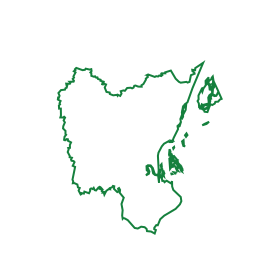 Chandpur, Chittagong, Bangladesh, rotated 203°
{"feature_id": "16705992B70711841490613", "entity_name": "Chandpur", "entity_type": "district", "adm_level": 2, "iso_a3": "BGD", "parent_name": "Bangladesh", "parent_adm1": "Chittagong", "projection": "albers", "projection_center": [90.778, 23.244], "detail": "fine", "context": "isolated", "style": "outline", "palette": "green", "viewbox_px": 256, "rotation_deg": 203, "n_neighbors": 0, "source": "geoboundaries", "source_scale": "gbopen_adm2", "svg_char_len": 5729}
<svg xmlns="http://www.w3.org/2000/svg" viewBox="0 0 256 256"><g transform="rotate(203 128 128)"><path d="M97.5,42.5L97.3,43.2L95.7,43.5L92.2,43.1L82.8,38.6L79.7,39.3L77.3,42.3L73.9,43.2L71.5,42.4L70.2,40.5L66.3,41.7L62.2,41.3L62.5,45.0L64.4,45.2L64.8,46.5L64.0,49.7L62.6,50.1L62.7,56.6L60.4,61.5L52.6,72.1L50.4,78.0L50.3,81.5L52.5,85.1L62.1,88.7L64.5,91.4L66.7,96.3L66.7,93.8L71.9,94.6L73.2,92.4L74.6,93.4L75.7,92.7L77.2,94.7L79.9,96.2L80.0,94.4L78.0,89.6L81.7,96.0L84.8,95.3L87.1,96.0L90.4,100.7L92.9,101.7L95.5,100.3L91.3,96.3L90.9,94.1L92.9,91.4L91.5,95.8L94.2,97.8L93.8,96.3L94.2,96.4L96.0,100.0L95.1,101.5L92.5,102.4L89.6,100.9L85.3,96.0L83.5,96.0L82.0,97.2L83.2,101.0L89.6,114.1L90.3,117.2L89.7,124.3L88.7,127.6L85.5,131.7L84.4,131.2L82.2,132.2L83.7,133.1L81.4,133.8L82.0,134.3L82.1,136.8L81.5,146.6L83.2,149.1L81.9,151.9L81.7,154.2L83.3,156.7L83.5,161.7L84.5,163.4L85.5,168.3L84.6,167.8L84.9,165.8L84.2,165.7L82.4,162.7L82.0,167.2L83.4,171.7L84.3,171.0L84.1,169.5L85.5,169.4L85.0,172.0L83.3,174.8L84.2,189.9L84.3,217.4L89.5,209.4L88.8,207.5L91.6,206.7L90.9,205.5L88.7,205.0L87.9,204.0L90.7,201.2L89.4,194.5L90.9,193.1L92.2,193.3L97.2,190.3L99.2,190.4L103.4,192.0L111.0,197.6L115.5,193.8L115.0,192.9L118.5,191.4L118.6,190.7L117.1,190.1L117.7,188.8L119.8,188.5L120.4,187.2L122.3,186.7L123.3,185.5L130.4,185.1L131.0,184.4L129.8,184.7L130.7,183.6L129.7,182.7L130.9,180.4L130.4,179.5L131.0,174.5L132.3,172.6L131.6,171.4L134.7,170.1L137.7,170.0L138.7,169.3L138.7,167.3L139.7,166.1L141.3,166.1L144.4,164.5L145.4,161.0L146.9,160.8L149.1,159.0L147.4,157.1L147.7,154.5L150.3,154.6L150.3,153.7L151.1,154.2L154.4,152.3L158.0,152.2L158.7,153.5L161.9,152.8L165.2,156.1L165.2,159.5L168.0,159.4L168.1,158.3L168.9,158.2L169.2,160.2L168.2,160.3L168.4,161.1L171.8,160.7L172.1,161.7L174.8,161.4L175.9,162.6L176.9,161.9L178.6,162.7L179.2,161.9L182.1,161.7L183.2,164.2L184.3,164.4L183.8,166.2L184.8,167.8L186.1,166.8L190.1,166.1L190.4,164.7L192.4,163.5L199.1,163.1L199.8,161.4L199.0,160.9L200.0,159.1L198.0,158.7L198.4,154.2L197.4,153.3L198.1,151.6L196.2,150.3L196.2,149.4L199.9,147.7L198.7,147.1L198.8,146.0L202.2,144.7L201.6,143.8L201.5,144.6L200.7,144.5L200.2,141.1L201.1,140.2L201.0,138.7L204.5,136.7L205.7,133.0L203.6,130.9L203.5,128.7L204.2,128.6L203.7,126.8L200.6,126.5L200.7,124.0L199.8,123.3L200.4,121.7L199.0,118.9L197.4,119.6L194.6,113.3L194.4,111.3L191.8,112.3L191.2,113.4L190.0,113.0L190.2,109.8L188.3,108.5L188.3,104.4L187.6,102.2L184.4,100.9L183.2,98.0L182.3,97.6L183.0,95.2L182.2,92.1L181.1,92.1L180.0,93.9L178.9,94.1L178.4,92.8L174.8,92.5L174.9,89.7L173.7,87.1L175.2,86.2L174.3,85.3L174.1,82.3L170.7,79.5L170.3,78.3L168.0,78.7L168.1,76.7L167.2,75.8L165.1,76.3L163.9,75.7L164.1,71.6L161.5,71.5L158.9,58.7L157.6,57.5L157.2,55.6L156.0,56.3L152.5,56.2L150.9,53.8L149.0,53.9L149.0,51.1L145.6,48.3L145.2,48.8L146.0,49.8L143.0,50.4L143.3,52.4L138.4,52.7L138.3,55.5L139.0,56.8L138.3,58.0L136.7,58.0L136.2,59.5L134.4,57.8L133.0,58.0L131.9,61.7L131.1,62.8L130.1,62.7L128.6,62.0L130.6,61.5L130.6,60.9L127.7,61.0L127.4,59.6L125.5,59.8L125.9,58.6L124.9,58.9L123.7,57.4L123.4,61.7L121.8,64.3L120.5,64.6L121.2,65.6L119.5,67.1L119.2,68.8L117.9,69.0L117.1,66.5L112.8,64.8L111.7,66.1L113.4,68.3L112.8,69.2L111.1,67.9L110.3,65.1L104.7,62.2L104.3,55.5L100.8,50.2L99.2,45.2L97.5,42.5ZM69.2,174.1L67.4,174.5L69.1,178.6L68.1,178.5L63.2,182.2L66.0,187.3L65.9,189.9L65.3,191.0L64.6,190.7L64.4,194.1L66.4,195.8L67.9,195.4L69.7,198.6L72.5,200.5L74.0,193.9L73.7,190.3L74.9,191.5L74.8,194.4L75.4,193.3L75.8,185.4L74.2,181.9L74.5,180.0L72.4,178.3L70.6,174.8L69.8,174.8L69.8,175.9L69.4,175.5L69.2,174.1ZM58.7,196.5L59.3,192.1L61.0,191.1L63.1,191.6L63.7,190.7L63.8,188.3L62.2,186.7L64.0,188.2L64.0,190.3L65.3,188.9L64.4,186.6L62.8,185.1L62.4,182.1L59.4,182.1L57.7,184.4L57.8,186.2L55.3,187.5L54.6,190.0L53.2,191.4L58.7,196.5ZM66.0,203.2L65.1,200.3L65.8,200.8L65.9,199.7L63.4,192.2L60.0,191.9L59.2,193.3L59.1,197.0L66.0,203.2ZM70.1,208.6L70.6,207.0L69.7,205.6L70.9,205.0L72.2,201.9L69.9,199.5L69.2,200.1L69.4,199.1L67.7,195.8L66.2,197.7L67.5,198.5L66.8,198.8L67.0,201.2L68.2,205.0L66.4,201.3L66.0,202.2L70.1,208.6ZM72.3,111.3L71.5,108.8L71.5,111.9L66.9,109.8L66.0,111.0L70.7,115.6L71.0,116.7L70.3,116.1L69.8,116.7L69.8,115.5L66.6,112.9L66.4,113.9L65.5,114.2L68.4,115.5L69.6,117.6L74.2,119.9L74.3,118.5L75.7,120.7L74.1,117.5L70.9,113.8L71.5,113.7L72.3,111.3ZM78.0,116.0L73.3,106.8L72.6,110.0L76.7,116.8L77.1,118.5L76.1,119.4L78.3,121.6L77.0,119.7L78.2,120.5L77.3,117.4L78.0,116.0ZM66.5,178.9L66.9,177.2L66.2,174.6L64.6,175.8L61.4,180.5L62.8,181.8L64.4,179.8L66.5,178.9ZM81.4,99.1L80.1,97.2L77.6,96.4L78.7,99.4L78.0,100.1L80.3,103.4L81.9,102.3L80.9,100.2L81.4,99.1ZM63.9,172.9L61.1,173.7L61.3,178.1L65.5,174.5L63.9,172.9ZM81.5,124.7L79.8,119.5L79.2,118.7L78.3,119.0L79.7,123.0L81.5,124.7ZM65.6,112.5L62.2,109.2L61.7,109.1L62.5,109.8L62.0,110.7L60.8,109.6L61.9,111.6L64.6,113.8L65.6,112.5ZM73.5,206.2L75.0,201.7L74.0,199.6L73.0,202.9L73.5,206.2ZM72.1,145.9L72.7,143.6L71.1,142.5L70.5,144.7L72.1,145.9ZM72.1,138.5L73.0,136.8L70.9,134.4L70.3,134.9L72.1,138.5ZM55.8,165.4L59.3,161.5L60.7,159.5L57.3,162.4L55.8,165.4ZM83.0,107.8L83.4,106.5L81.2,103.6L81.7,105.6L83.0,107.8ZM78.2,101.9L78.6,101.3L76.6,97.8L76.1,97.6L77.0,98.8L76.7,100.3L78.2,101.9ZM74.2,115.0L73.3,115.1L73.4,115.8L75.7,118.6L74.2,115.0ZM81.4,151.9L82.7,149.7L82.1,148.7L81.2,149.8L81.4,151.9ZM82.7,162.1L82.7,158.0L81.9,157.8L81.7,159.9L82.7,162.1ZM68.2,133.4L70.6,133.8L70.0,133.1L68.2,133.4ZM68.4,105.2L66.8,104.4L66.5,104.6L66.6,105.6L68.4,105.2ZM78.2,128.6L78.8,127.4L78.1,126.6L77.8,128.0L78.2,128.6ZM67.2,109.2L65.9,108.1L65.1,108.1L67.7,109.8L68.5,109.9L67.0,108.6L67.2,109.2ZM70.3,103.0L69.8,102.4L69.1,102.9L69.8,103.3L70.3,103.0Z" fill="none" stroke="#15803d" stroke-width="2"/></g></svg>